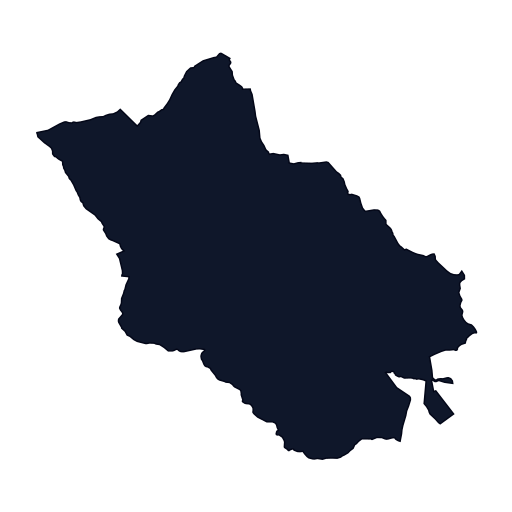 the district of Pardosi, Buzau, Romania, rotated 181°
{"feature_id": "2599482B33669968833110", "entity_name": "Pardosi", "entity_type": "district", "adm_level": 2, "iso_a3": "ROU", "parent_name": "Romania", "parent_adm1": "Buzau", "projection": "robinson", "projection_center": [26.866, 45.449], "detail": "fine", "context": "isolated", "style": "filled", "palette": "ink", "viewbox_px": 512, "rotation_deg": 181, "n_neighbors": 0, "source": "geoboundaries", "source_scale": "gbopen_adm2", "svg_char_len": 5981}
<svg xmlns="http://www.w3.org/2000/svg" viewBox="0 0 512 512"><g transform="rotate(181 256 256)"><path d="M477.8,375.4L477.3,375.3L476.9,374.6L476.1,371.4L469.5,365.6L464.3,362.0L462.4,360.3L461.5,358.3L461.0,356.3L461.2,355.6L461.0,354.4L459.6,352.5L458.9,351.9L457.6,351.7L456.1,350.3L454.5,349.2L451.3,347.5L451.0,347.1L450.8,343.9L449.9,341.9L449.8,340.6L448.5,338.3L447.9,336.2L444.6,332.3L444.2,330.7L443.5,329.7L442.4,328.8L439.5,324.0L436.9,318.2L435.9,316.9L434.7,314.0L433.1,311.5L432.6,309.0L432.0,307.8L431.4,307.1L430.1,306.4L429.1,303.2L426.6,300.3L417.6,294.2L414.6,290.5L411.1,287.7L410.4,286.1L408.2,282.8L408.3,282.0L409.0,280.1L408.9,279.3L406.6,275.9L405.6,273.4L403.5,270.7L401.4,269.6L399.5,269.0L392.8,266.1L392.2,265.5L391.7,263.4L390.4,261.0L388.0,258.7L395.2,255.4L392.4,251.2L389.3,239.1L389.1,236.0L389.7,234.7L389.8,233.7L382.6,233.1L382.7,231.0L385.4,224.9L386.5,220.0L387.1,219.0L387.7,216.2L389.6,211.2L389.7,207.0L390.0,205.4L391.3,202.4L391.4,201.5L391.1,200.8L390.5,199.7L388.9,197.7L388.2,196.4L388.2,195.8L388.4,195.1L392.2,190.5L392.4,188.6L392.0,187.2L389.0,182.2L389.0,181.5L385.5,178.4L383.4,174.7L380.6,173.5L376.6,170.3L373.3,168.6L364.9,166.6L363.7,166.6L361.0,167.2L356.2,167.1L354.4,166.3L350.7,165.8L346.2,163.0L342.0,159.6L337.9,159.7L336.5,160.1L334.0,161.4L332.7,161.2L332.0,160.7L331.6,160.2L330.4,159.5L329.2,159.1L326.5,159.1L313.9,162.1L310.5,162.3L306.0,161.7L305.7,161.5L305.7,160.5L307.8,158.6L308.5,157.7L309.1,155.7L309.2,154.5L308.7,151.9L307.6,150.4L306.2,147.0L305.2,145.4L303.9,144.6L302.3,144.3L299.6,142.8L298.8,141.1L294.5,136.0L293.3,133.8L291.9,132.3L290.3,131.4L285.4,130.1L283.9,129.4L280.2,129.1L277.2,127.1L276.2,125.8L275.1,124.8L269.6,122.1L268.7,120.8L268.3,118.4L268.3,116.9L266.5,111.6L267.0,110.9L267.0,110.4L266.6,109.9L264.5,108.6L263.2,108.3L260.0,108.1L258.3,107.0L257.4,105.9L256.3,104.1L256.1,101.9L256.3,100.0L256.2,99.5L255.2,98.2L251.5,95.0L242.2,90.4L236.5,90.5L234.1,89.5L233.2,88.7L232.4,87.3L231.7,84.7L230.4,82.1L231.9,81.3L232.3,80.5L232.7,78.5L232.4,77.8L231.6,77.5L229.8,77.6L226.4,75.3L224.7,72.3L224.1,70.6L224.3,65.8L224.1,65.1L221.6,63.5L220.3,62.2L219.7,62.0L219.0,62.6L216.3,63.8L215.0,63.4L214.6,62.6L211.1,61.3L208.5,61.2L205.5,61.6L205.0,60.6L203.7,58.9L201.4,56.4L199.6,55.1L195.8,54.2L194.1,54.1L191.1,54.7L186.0,54.0L182.4,55.1L176.9,55.4L171.2,55.3L167.9,56.4L166.1,57.8L164.5,58.5L160.6,60.9L158.7,63.0L155.6,65.4L154.0,69.1L152.4,70.1L150.3,72.5L147.0,75.1L137.6,75.2L137.1,74.7L136.7,74.7L132.1,76.7L127.0,76.7L123.9,75.5L122.5,75.2L120.9,75.4L116.7,76.6L114.8,76.8L113.9,76.5L113.3,75.5L112.1,74.7L110.4,73.8L108.7,73.3L107.4,80.8L107.1,84.8L106.2,89.3L103.5,99.0L102.7,103.8L100.9,108.6L99.1,114.8L99.2,116.8L99.5,117.5L100.4,118.6L113.1,126.8L124.5,141.7L123.3,142.2L122.4,141.8L119.6,141.9L119.0,142.7L118.3,143.1L117.1,143.0L116.0,142.6L115.8,142.2L115.8,141.5L114.9,140.8L114.4,139.5L112.7,138.5L110.8,137.7L109.5,138.1L108.1,137.8L105.6,136.6L99.7,136.9L97.4,136.7L96.2,136.1L94.5,136.2L93.4,135.7L91.1,136.1L86.6,135.2L83.7,134.0L85.3,111.4L82.8,108.5L80.6,104.9L80.1,103.0L79.2,101.1L73.8,96.2L70.5,92.6L68.9,91.5L55.7,101.5L73.9,124.3L76.0,123.5L78.4,134.8L77.9,135.1L76.6,134.8L75.7,134.0L74.8,133.6L73.5,133.7L71.7,134.6L70.4,134.6L65.3,133.1L57.1,132.1L57.5,134.5L59.2,136.7L61.4,137.6L62.9,137.5L67.0,136.4L69.2,136.5L71.3,136.2L72.3,136.0L72.9,135.5L73.0,135.2L73.9,135.1L75.1,135.2L76.7,136.8L77.4,137.0L78.2,144.7L80.8,158.3L76.0,160.8L69.1,163.9L65.0,165.3L60.8,165.4L56.7,165.9L54.7,165.2L53.6,165.4L53.0,166.5L53.0,167.8L51.1,169.9L49.1,171.3L45.3,172.6L44.7,175.5L44.2,175.9L44.1,177.3L41.4,180.0L38.6,182.2L36.6,183.0L34.3,183.1L34.2,183.4L34.4,184.3L35.6,186.5L37.3,188.8L39.4,190.8L42.9,191.8L45.0,193.2L46.9,195.4L48.3,197.7L49.1,199.8L49.1,200.9L48.4,203.8L48.5,204.6L48.8,205.4L50.9,208.0L51.3,210.0L50.5,213.2L49.4,215.4L49.6,216.4L51.5,219.5L52.7,223.0L51.3,227.1L51.9,230.5L51.9,232.5L51.4,233.4L50.0,235.0L47.2,236.8L47.3,240.2L47.5,240.6L50.0,244.4L52.4,241.0L54.5,240.5L58.0,240.7L61.1,241.7L61.9,242.1L65.2,244.5L73.8,252.3L76.3,255.0L76.7,256.0L76.9,258.8L78.0,261.1L79.8,260.9L81.6,260.2L85.1,258.3L86.5,258.2L88.8,259.3L94.4,260.4L96.6,261.1L99.4,262.2L105.9,265.4L107.6,264.6L111.0,267.6L112.5,268.6L114.4,271.0L118.3,278.0L119.4,279.2L119.7,281.2L120.5,282.5L120.9,283.9L121.5,285.1L122.6,286.4L126.4,289.7L126.7,290.3L126.8,293.9L128.4,295.6L130.2,297.9L132.2,301.0L133.1,302.8L134.1,303.6L135.2,304.0L138.8,304.1L147.5,302.5L148.8,303.8L150.4,305.8L152.2,310.7L153.4,315.3L154.1,316.7L156.2,317.8L161.4,319.3L162.3,319.0L164.9,319.1L165.7,321.4L165.1,321.8L165.6,323.1L166.4,324.3L168.5,328.9L169.1,331.6L170.4,334.7L172.5,336.4L172.9,338.2L174.8,340.0L177.1,341.5L185.5,350.7L187.3,351.2L194.8,350.0L196.2,350.2L201.7,349.6L212.9,349.7L212.9,350.2L215.6,349.9L219.8,348.7L224.4,349.5L225.9,357.2L230.0,358.0L233.9,357.4L240.5,358.7L244.4,358.0L245.1,358.9L245.4,360.1L247.7,362.0L248.4,363.1L250.0,366.5L252.6,370.3L254.2,373.9L255.0,381.6L258.9,395.8L259.6,400.7L262.8,417.5L264.4,421.1L264.7,422.8L272.4,422.5L272.4,423.4L273.3,424.9L275.7,426.6L279.0,428.6L279.9,430.5L281.0,431.7L282.8,436.4L283.1,439.9L286.3,444.8L286.3,446.2L284.9,448.1L284.7,448.7L284.7,449.4L284.9,449.8L286.1,451.4L286.1,452.1L285.6,453.1L294.2,457.9L295.0,458.0L296.0,457.6L298.9,454.1L301.6,453.6L312.2,450.2L320.5,444.7L320.9,443.7L321.6,443.2L324.7,442.8L328.5,439.2L330.7,434.7L331.2,432.7L332.5,431.4L333.9,428.7L335.3,427.9L336.6,425.9L337.1,424.4L340.0,420.7L342.6,416.0L344.9,410.7L347.3,406.7L350.5,402.3L351.0,401.0L352.9,400.5L355.3,398.7L356.7,398.1L359.8,395.1L361.6,394.1L366.1,394.6L373.2,389.7L373.7,387.6L377.0,383.8L394.3,400.2L397.0,397.6L401.1,395.6L405.1,395.1L408.6,393.9L411.1,392.6L415.1,392.3L418.3,391.7L423.9,389.3L433.5,386.9L437.8,386.2L440.4,386.7L441.3,386.6L442.0,385.9L442.7,385.8L445.2,385.9L448.3,386.8L450.0,386.6L454.7,384.5L466.1,378.0L477.8,375.4Z" fill="#0f172a" stroke="#020617" stroke-width="1.5"/></g></svg>